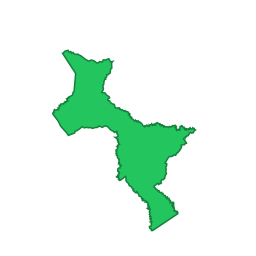 Ou Reang, Môndól Kiri, Cambodia (Mercator projection), rotated 236°
{"feature_id": "14789045B75407950785126", "entity_name": "Ou Reang", "entity_type": "district", "adm_level": 2, "iso_a3": "KHM", "parent_name": "Cambodia", "parent_adm1": "Môndól Kiri", "projection": "mercator", "projection_center": [107.115, 12.328], "detail": "fine", "context": "isolated", "style": "filled", "palette": "green", "viewbox_px": 256, "rotation_deg": 236, "n_neighbors": 0, "source": "geoboundaries", "source_scale": "gbopen_adm2", "svg_char_len": 5825}
<svg xmlns="http://www.w3.org/2000/svg" viewBox="0 0 256 256"><g transform="rotate(236 128 128)"><path d="M88.6,182.8L89.9,182.3L90.7,182.6L91.0,181.8L92.0,181.7L91.5,180.9L92.1,179.5L93.4,179.6L92.7,177.8L93.5,178.1L93.6,176.9L94.6,176.2L93.8,175.5L94.6,175.4L94.5,174.4L95.2,174.3L95.6,175.3L96.7,174.3L97.3,174.9L98.6,173.6L99.6,174.1L99.9,173.9L99.7,173.2L100.2,172.1L97.4,169.8L98.5,169.3L98.1,168.8L98.8,168.1L98.5,167.1L99.1,166.8L100.4,167.9L101.2,167.4L102.1,167.4L101.8,168.8L103.7,168.8L104.5,167.1L104.3,166.1L105.1,166.0L104.8,164.1L106.2,163.1L105.8,161.8L107.2,161.1L107.9,159.8L108.5,159.6L108.7,158.2L109.4,158.2L109.0,158.7L109.7,159.1L110.4,158.2L111.3,158.2L111.2,157.0L111.9,157.6L112.8,156.1L113.7,156.9L114.5,155.7L116.1,155.3L116.3,153.3L115.9,153.5L115.3,152.9L115.9,152.7L116.2,151.9L115.6,151.6L117.0,150.9L116.3,150.2L116.6,149.7L118.0,149.7L117.7,149.4L118.2,148.5L117.6,147.3L118.8,147.2L117.9,146.0L119.2,145.1L119.9,145.2L119.7,144.3L120.2,143.4L119.6,143.1L119.8,142.5L120.5,142.7L120.7,142.0L121.7,141.7L124.0,141.9L126.0,141.3L126.2,140.6L127.0,140.6L127.4,139.8L128.1,140.5L128.8,139.5L128.7,138.6L129.5,138.8L129.9,138.2L130.3,138.4L130.2,137.2L132.2,137.1L133.3,136.4L134.6,136.9L134.6,136.3L135.1,135.9L135.4,136.6L135.9,136.1L137.0,136.5L138.2,136.0L138.0,136.9L138.5,137.2L138.7,136.4L139.3,137.2L140.0,136.6L140.9,137.1L142.5,136.2L142.8,135.5L143.8,135.3L143.6,134.9L144.3,134.8L144.5,134.0L146.3,133.5L146.5,132.7L147.8,132.3L148.2,131.7L148.8,132.0L149.0,131.5L149.6,131.9L151.6,128.9L152.9,128.9L154.8,129.8L156.0,129.4L156.4,128.7L157.7,128.1L159.6,127.7L160.6,128.0L162.3,126.7L163.2,127.6L163.3,129.7L164.5,129.9L167.1,128.7L170.1,128.5L171.9,126.2L172.4,126.5L173.3,128.5L174.8,129.9L176.9,130.5L177.8,132.3L180.2,134.3L181.1,135.6L180.9,136.8L182.3,137.1L182.0,137.8L182.6,139.2L183.9,140.0L183.2,141.7L183.7,142.5L183.5,143.9L186.6,146.6L186.6,148.0L191.1,150.8L191.7,152.5L192.0,151.5L192.8,150.6L196.2,150.8L196.9,147.5L198.3,145.6L197.3,143.8L197.6,142.9L198.9,141.6L198.8,139.4L199.4,138.5L202.4,137.5L204.1,136.4L205.0,135.4L205.2,133.4L205.8,132.6L209.3,130.9L214.8,129.1L215.5,128.3L217.1,127.9L218.3,125.7L219.9,124.7L221.4,124.7L221.6,123.0L223.1,123.3L223.6,123.0L224.0,121.5L225.9,121.8L226.9,119.0L226.7,117.2L226.1,116.2L226.5,115.5L202.5,115.1L188.3,103.6L188.4,102.6L186.3,100.2L186.7,96.3L186.2,96.2L186.0,94.9L186.6,95.1L186.3,94.2L186.5,93.5L185.9,93.6L185.8,94.0L185.5,93.3L184.0,93.3L184.6,92.0L184.2,91.1L184.8,90.8L184.2,90.4L184.9,89.6L183.9,88.1L184.8,87.3L184.9,86.4L185.4,85.8L184.8,85.3L185.1,84.1L184.4,84.5L184.1,84.2L184.4,83.1L183.1,81.9L183.7,81.1L182.4,81.0L182.1,80.3L183.0,79.1L183.2,78.0L184.4,77.4L183.3,75.7L182.3,75.5L182.4,73.9L181.5,73.5L173.0,74.0L166.9,73.2L158.3,74.4L155.2,74.4L153.7,80.9L154.9,82.5L154.3,84.4L154.4,88.2L154.9,90.5L152.6,91.8L151.7,94.0L150.3,95.3L149.2,97.4L147.7,98.1L146.4,101.8L145.5,103.0L145.9,105.0L142.8,107.2L142.8,109.0L142.2,110.7L140.5,111.9L136.2,112.5L133.3,114.1L131.9,114.2L131.5,116.9L130.5,116.6L130.5,116.0L129.0,115.6L128.6,116.0L126.9,115.4L126.6,114.6L126.9,112.8L127.4,112.1L125.1,112.9L124.2,112.6L124.2,113.2L122.9,112.6L123.9,112.2L122.7,112.4L121.6,111.6L120.7,112.0L119.7,111.1L119.3,111.5L119.3,110.4L119.0,110.0L119.4,109.6L118.7,109.1L118.7,108.4L118.0,108.9L117.3,108.5L116.4,106.9L116.4,105.6L115.2,105.7L115.2,105.1L114.2,104.9L113.7,103.8L112.9,103.7L112.7,104.1L111.9,103.3L111.2,103.9L110.9,103.4L110.0,103.3L109.3,102.7L106.9,103.1L106.8,102.5L105.1,102.1L104.7,101.0L104.2,101.1L103.9,100.7L103.9,101.4L102.1,100.3L101.0,101.5L100.4,100.9L100.5,99.9L99.3,99.0L100.1,97.6L99.6,96.4L97.7,95.3L96.7,96.1L96.1,95.4L95.1,95.5L95.2,94.2L93.9,92.4L94.2,91.4L93.7,91.1L93.0,91.6L93.1,93.0L92.2,92.1L90.8,92.4L89.8,91.8L90.1,91.5L89.5,91.5L89.6,92.4L88.9,92.7L89.3,98.8L88.2,98.7L85.4,96.8L83.6,96.9L82.0,97.4L79.4,96.8L77.8,98.0L76.5,97.6L74.4,98.4L73.9,98.2L73.9,97.4L73.2,97.3L70.2,98.1L69.6,98.6L70.2,99.6L69.2,99.8L66.5,99.6L65.6,99.1L63.4,100.5L61.8,99.8L61.3,100.8L60.5,101.0L60.3,99.5L60.0,99.4L59.1,100.0L58.6,101.3L57.9,101.8L57.1,100.8L56.5,102.3L55.7,101.9L55.1,102.7L54.5,102.2L53.3,102.1L53.1,101.3L52.7,101.4L51.6,100.7L51.8,101.6L51.5,101.8L50.4,101.1L49.9,100.0L50.4,99.1L49.1,99.5L48.9,101.0L48.2,101.0L46.6,98.8L45.1,98.8L44.6,97.5L43.4,97.6L42.6,96.6L41.9,97.3L41.1,95.9L40.4,96.8L39.7,96.6L39.7,95.2L37.5,95.4L37.7,94.0L36.4,94.8L36.1,93.9L34.9,93.5L33.9,92.4L34.4,90.7L33.7,90.3L32.5,90.0L31.8,90.7L30.2,90.2L30.4,90.8L29.2,91.1L29.1,121.1L29.5,121.0L30.1,122.0L30.5,121.5L31.0,121.9L31.1,121.0L32.1,120.9L31.9,121.5L32.2,121.5L33.4,120.1L33.6,120.5L34.0,120.1L34.6,121.0L36.2,121.7L36.2,121.2L36.9,120.9L37.1,121.7L37.8,121.3L38.1,122.2L38.9,121.2L39.8,121.6L39.6,122.3L40.1,122.6L39.3,123.2L40.2,124.0L40.9,124.0L41.4,123.8L40.9,122.8L42.2,122.4L42.4,121.0L44.1,122.6L44.9,122.3L45.0,121.7L46.7,122.6L47.5,120.9L48.0,121.7L48.8,122.1L49.3,120.6L51.0,121.1L51.7,120.2L54.2,120.3L54.5,119.5L55.7,119.9L55.9,119.2L57.2,118.1L58.0,118.7L58.9,118.6L59.4,117.3L60.8,117.7L61.6,117.0L63.1,117.1L64.3,116.5L64.8,116.8L65.4,117.5L65.2,118.9L65.6,120.4L65.2,121.9L64.1,121.7L64.0,122.7L64.4,123.6L63.9,123.9L64.3,124.2L63.8,124.9L64.8,125.2L65.9,126.2L65.9,128.0L65.4,128.6L65.7,130.1L67.6,132.1L68.9,134.6L70.3,134.7L72.5,136.6L74.4,137.4L75.1,138.9L76.3,139.9L76.8,140.1L78.2,139.1L81.2,145.5L81.2,146.4L80.3,147.5L79.7,149.4L80.3,150.7L78.7,152.2L79.4,152.8L79.3,153.8L80.2,154.9L79.7,155.8L80.4,157.2L80.2,158.1L81.3,159.1L81.1,159.8L82.5,162.0L83.8,162.2L84.1,162.7L82.6,165.4L83.1,166.5L82.6,167.9L83.4,168.2L85.2,167.9L86.1,168.5L87.5,167.8L88.1,168.4L88.3,169.6L87.8,169.9L88.4,170.5L88.0,171.4L88.6,172.5L88.0,173.5L88.8,175.4L89.6,176.0L89.1,177.5L88.2,177.8L87.6,179.3L88.6,181.3L88.6,182.8Z" fill="#22c55e" stroke="#15803d" stroke-width="1.5"/></g></svg>